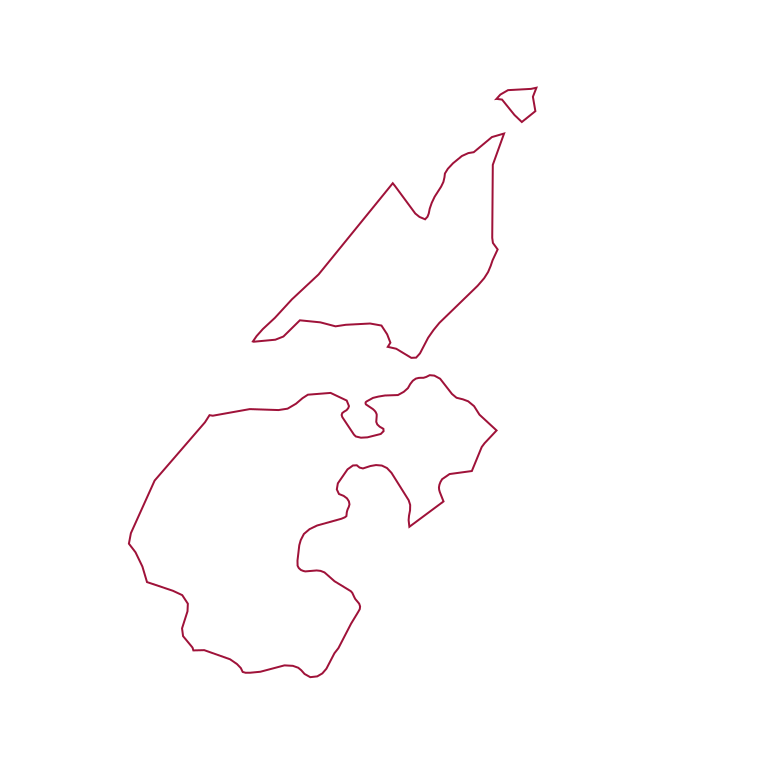 an SVG outline of Fujayrah, rotated 218°
{"feature_id": "ARE-341", "entity_name": "Fujayrah", "entity_type": "Emirate", "adm_level": 1, "iso_a3": "ARE", "parent_name": "United Arab Emirates", "parent_adm1": "", "projection": "equal_earth", "projection_center": [56.162, 25.265], "detail": "fine", "context": "isolated", "style": "outline", "palette": "rose", "viewbox_px": 768, "rotation_deg": 218, "n_neighbors": 0, "source": "natural_earth", "source_scale": "10m", "svg_char_len": 2945}
<svg xmlns="http://www.w3.org/2000/svg" viewBox="0 0 768 768"><g transform="rotate(218 384 384)"><path d="M437.4,328.7L420.6,344.1L403.2,348.0L398.0,345.0L397.3,342.9L397.4,340.3L398.4,337.7L399.0,335.4L398.3,333.5L396.4,332.2L376.5,325.6L373.9,325.3L369.1,327.5L364.2,331.8L355.8,342.6L355.3,346.6L356.9,348.3L361.2,347.7L364.4,348.0L366.8,349.4L370.0,354.2L371.1,355.6L373.1,356.7L375.0,357.2L377.3,357.4L385.7,356.8L386.4,357.2L386.9,357.7L387.2,358.4L387.0,359.5L384.1,366.3L380.7,370.6L376.2,375.5L366.2,383.9L363.6,390.0L362.6,395.5L363.3,400.1L363.3,404.3L362.2,407.9L360.2,410.4L356.7,413.2L355.1,415.5L353.4,419.1L349.5,421.6L343.0,422.7L324.3,418.0L318.4,417.8L312.4,420.5L307.0,422.2L299.4,422.0L289.9,418.6L266.7,416.7L268.3,399.2L268.2,394.5L261.2,369.5L276.9,353.4L279.6,344.8L279.2,341.6L278.3,338.7L277.0,336.3L275.4,334.6L273.5,333.2L264.8,328.1L276.1,287.1L280.8,291.9L283.2,295.6L285.7,300.5L288.9,304.8L293.0,307.6L323.4,318.6L329.9,319.6L335.5,318.4L340.4,315.2L344.2,311.0L348.6,304.5L351.8,303.1L355.4,303.2L358.3,300.7L360.2,294.3L359.2,277.3L356.3,271.9L351.8,269.6L346.9,271.0L342.8,271.1L339.4,269.9L337.1,267.9L336.1,265.5L335.5,262.9L334.8,261.0L334.0,259.4L333.3,258.4L332.3,256.7L332.8,254.8L334.6,251.6L349.6,231.3L353.3,223.8L354.8,216.5L353.5,209.7L351.5,204.8L343.4,191.5L340.6,188.1L340.5,187.9L340.3,187.7L339.6,187.3L337.8,186.5L335.0,186.3L332.5,187.0L331.2,187.6L330.6,187.9L322.3,195.6L318.9,197.7L314.9,198.9L301.6,198.1L282.6,200.3L280.4,199.9L276.1,197.7L274.3,196.9L268.3,195.6L265.9,194.0L264.5,191.7L264.0,188.4L262.4,174.9L257.3,147.8L257.3,141.3L254.1,124.2L254.4,118.0L256.6,112.5L261.6,107.6L268.1,106.6L273.0,107.5L276.9,107.6L282.3,105.8L289.2,101.0L304.3,81.1L311.9,73.9L315.2,71.3L318.1,70.1L321.9,72.0L327.3,72.8L335.8,72.3L361.8,63.6L370.2,56.7L372.6,58.4L387.1,61.6L392.7,67.1L398.9,83.9L403.3,90.1L413.0,93.4L423.0,91.1L448.8,82.0L462.0,91.4L476.2,98.4L486.7,101.1L491.6,110.6L505.3,166.7L501.5,243.6L502.3,252.0L499.4,253.6L474.3,281.6L451.1,298.5L444.8,305.2L441.2,314.3L439.5,322.6L437.4,328.7ZM422.0,428.5L432.2,423.1L450.6,407.1L457.7,399.6L472.1,393.4L489.5,382.4L492.5,359.5L496.9,352.0L512.7,337.1L513.5,336.8L513.9,343.3L513.3,352.7L510.7,369.0L508.7,393.9L503.0,430.1L500.7,547.6L497.3,546.8L464.3,537.6L458.9,537.5L453.0,539.1L452.7,542.6L453.7,545.9L455.9,550.3L457.9,556.1L459.4,562.8L460.5,574.7L461.6,579.8L463.6,584.1L465.6,587.4L466.2,593.0L465.5,600.5L463.0,611.6L459.7,617.9L456.0,621.9L451.0,645.0L443.6,655.3L433.2,623.7L388.7,565.8L385.0,562.2L377.3,560.0L374.6,548.3L372.7,542.9L370.9,536.3L370.2,529.0L370.7,519.0L378.0,466.2L378.2,457.0L377.7,447.6L374.5,430.3L374.9,424.6L378.6,421.4L396.1,419.3L403.9,415.6L404.4,420.5L412.1,425.1L422.0,428.5ZM470.9,677.9L470.5,683.7L467.2,691.9L449.8,707.1L446.3,711.3L446.2,711.0L443.5,702.0L432.7,692.2L436.7,675.3L446.8,676.3L466.1,680.8L470.8,678.0L470.9,677.9Z" fill="none" stroke="#9f1239" stroke-width="2"/></g></svg>